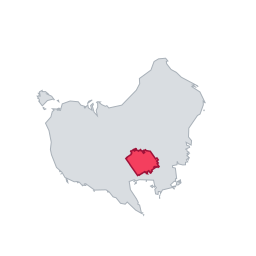 Barkly, Northern Territory, Australia (highlighted), rotated 145°
{"feature_id": "25037944B87984246529450", "entity_name": "Barkly", "entity_type": "district", "adm_level": 2, "iso_a3": "AUS", "parent_name": "Australia", "parent_adm1": "Northern Territory", "projection": "natural_earth1", "projection_center": [135.185, -19.542], "detail": "fine", "context": "in_parent", "style": "filled", "palette": "rose", "viewbox_px": 256, "rotation_deg": 145, "n_neighbors": 0, "source": "geoboundaries", "source_scale": "gbopen_adm2", "svg_char_len": 5851}
<svg xmlns="http://www.w3.org/2000/svg" viewBox="0 0 256 256"><g transform="rotate(145 128 128)"><path d="M168.8,56.3L171.1,67.8L174.0,67.2L177.3,70.6L177.8,77.7L179.7,80.1L180.1,86.6L181.5,90.0L191.0,96.3L194.6,106.7L195.7,107.2L195.9,105.4L198.0,107.3L198.3,106.3L199.0,111.6L200.2,113.2L202.9,114.8L208.0,123.7L207.5,129.6L209.2,136.7L206.0,150.0L203.9,154.9L199.0,160.4L194.2,171.2L192.8,179.3L184.8,181.3L180.7,184.8L178.3,185.1L178.9,187.1L175.2,184.2L175.7,183.5L175.5,182.8L174.8,182.7L173.5,184.0L172.6,183.2L174.2,182.0L173.3,181.1L168.0,185.5L159.9,183.3L153.7,178.0L153.5,173.8L150.6,170.0L151.9,170.1L151.9,169.0L147.6,170.1L148.9,167.3L147.3,163.2L145.7,167.9L142.6,168.3L143.1,166.8L144.5,166.8L146.7,160.4L146.1,155.5L144.0,160.6L140.8,162.5L138.7,165.6L139.0,167.1L137.7,166.9L135.7,165.2L137.0,165.2L136.1,162.2L134.1,158.8L132.5,158.4L132.2,155.4L120.0,150.3L99.5,154.2L93.0,157.6L90.3,162.0L76.0,162.3L68.5,167.5L63.3,167.1L57.2,163.6L56.9,160.0L58.4,160.6L59.5,158.5L59.2,151.3L56.5,145.8L55.2,139.0L47.9,124.7L50.6,126.2L48.8,121.9L50.0,124.5L52.0,125.2L48.4,116.3L50.4,104.0L51.0,106.9L53.1,103.7L61.0,98.1L63.9,98.4L78.3,93.0L83.6,85.9L83.2,81.2L86.1,77.8L88.6,83.0L89.8,80.1L88.2,78.1L88.6,76.8L93.4,77.7L91.9,77.2L92.9,75.1L92.0,73.3L94.5,73.0L93.6,71.7L95.7,71.5L95.0,69.6L96.8,67.4L96.9,68.7L98.4,68.5L98.5,66.0L100.6,66.9L102.0,64.9L104.3,66.3L107.3,69.7L106.8,72.5L108.9,69.8L113.2,71.6L114.1,70.1L112.2,68.0L117.2,58.6L118.2,59.2L119.9,56.9L120.6,57.9L125.8,57.1L125.6,54.8L122.1,53.2L122.7,52.6L135.3,57.5L139.0,55.7L138.1,57.5L139.6,58.6L141.5,56.3L143.2,58.2L141.2,62.4L139.0,62.8L139.1,65.8L137.0,70.6L148.4,79.2L151.6,80.0L152.5,82.1L157.7,83.5L161.4,76.1L161.7,65.2L162.3,61.1L163.6,60.1L162.7,58.2L165.9,50.3L168.8,56.3ZM172.2,194.4L178.2,196.7L185.5,195.3L185.7,201.7L185.2,200.6L184.4,202.0L184.1,206.2L181.6,204.5L179.8,208.4L176.7,208.1L177.4,207.0L174.7,205.1L173.8,201.8L174.9,202.4L172.3,197.8L172.2,194.4ZM116.2,52.7L119.8,52.6L121.0,53.8L118.5,56.2L116.2,52.7ZM141.2,171.5L147.3,171.3L144.7,172.4L141.2,171.5ZM142.2,65.2L142.9,67.5L140.7,67.1L141.0,65.5L142.2,65.2ZM207.6,122.6L207.6,119.9L208.6,117.7L208.9,119.3L207.6,122.6ZM184.0,190.6L186.0,191.1L186.0,192.0L184.0,190.6ZM115.8,53.4L117.1,55.7L114.8,55.5L115.8,53.4ZM170.1,191.0L169.0,190.7L169.6,189.2L170.1,191.0ZM154.4,78.2L153.3,78.9L152.2,79.3L152.7,78.0L154.4,78.2ZM47.8,124.1L46.9,122.8L46.8,121.6L47.8,124.1ZM185.5,192.9L186.3,193.5L184.8,193.0L185.5,192.9ZM199.8,111.9L200.6,111.9L200.6,113.1L199.8,111.9ZM180.4,86.5L181.4,87.3L181.2,87.7L180.4,86.5ZM181.4,206.8L181.5,207.9L180.7,207.5L181.4,206.8ZM208.8,130.6L208.8,132.1L208.7,132.1L208.8,130.6ZM125.4,52.5L124.8,51.9L125.2,51.6L125.4,52.5ZM142.3,52.7L141.5,53.8L142.5,51.8L142.3,52.7ZM209.0,128.8L208.5,129.3L208.8,128.8L209.0,128.8ZM143.6,74.1L143.1,74.3L143.4,73.8L143.6,74.1ZM140.4,65.1L139.8,65.2L140.2,64.5L140.4,65.1ZM55.9,98.2L55.7,99.1L55.4,99.0L55.9,98.2ZM164.8,49.8L164.8,50.6L164.5,50.0L164.8,49.8ZM174.8,183.1L174.9,183.6L174.7,183.5L174.8,183.1ZM141.2,54.2L140.0,55.0L141.3,54.0L141.2,54.2ZM95.0,68.4L94.6,69.0L94.9,68.3L95.0,68.4ZM181.9,206.0L181.5,206.2L181.7,205.9L181.9,206.0ZM153.8,81.0L153.2,81.0L153.5,80.5L153.8,81.0ZM92.7,72.6L92.3,72.9L92.3,72.2L92.7,72.6ZM184.9,203.8L184.4,204.1L184.5,203.5L184.9,203.8ZM165.2,47.6L165.1,48.2L164.8,47.9L165.2,47.6ZM174.5,183.8L175.0,184.3L174.1,184.1L174.5,183.8ZM192.2,96.3L191.7,96.3L191.9,95.7L192.2,96.3ZM195.5,105.3L195.3,105.3L195.5,104.8L195.5,105.3ZM172.5,193.6L172.3,194.0L172.2,193.5L172.5,193.6Z" fill="#d9dde1" stroke="#a8b0b8" stroke-width="1"/><path d="M147.3,100.7L147.3,99.5L147.3,99.3L147.3,98.8L147.3,98.5L147.3,98.3L147.3,97.8L147.3,97.6L147.4,96.5L147.4,96.0L147.4,94.7L147.4,94.4L147.4,93.4L147.4,92.3L147.4,91.5L147.4,91.3L147.4,91.2L147.4,90.6L147.4,90.4L147.4,90.0L147.4,89.9L147.4,89.2L147.4,88.6L147.4,88.3L147.4,86.2L147.4,85.7L147.4,85.3L147.4,84.3L147.4,83.5L147.0,83.5L146.1,83.5L145.8,83.5L145.8,83.4L145.8,82.9L145.1,82.9L143.8,82.9L143.3,82.9L142.6,82.9L142.6,82.7L141.4,82.7L140.1,82.7L139.5,82.7L139.5,82.2L139.5,81.8L138.8,81.8L138.8,81.1L138.8,80.4L139.0,80.1L138.4,79.5L138.4,80.3L138.1,80.3L137.6,80.3L137.6,81.1L136.8,81.1L135.9,81.1L135.5,81.1L135.5,80.9L135.5,80.5L135.5,79.6L135.5,78.2L135.1,78.1L134.6,78.1L134.6,78.8L133.3,78.8L132.9,78.8L132.9,79.9L131.9,79.9L130.7,79.9L129.4,79.9L129.4,80.9L129.4,81.1L128.9,81.1L128.7,81.1L128.2,81.1L128.1,80.9L127.9,80.9L127.9,80.6L127.9,79.9L127.7,79.9L126.9,79.9L126.9,79.5L126.4,79.5L126.0,79.5L126.0,79.4L125.9,78.5L125.1,78.5L124.7,78.5L124.6,79.3L124.6,80.7L124.6,82.0L123.3,82.0L123.3,83.4L123.5,83.4L123.5,84.5L122.2,84.5L121.5,84.5L121.5,84.8L121.5,86.2L121.5,86.9L121.8,86.9L123.1,86.9L123.1,87.6L123.1,89.0L123.1,90.5L123.1,91.9L123.1,93.3L123.1,94.7L123.1,94.9L123.1,96.2L123.8,96.8L124.2,97.2L125.1,98.1L126.1,99.0L126.1,99.8L126.1,100.1L127.4,100.1L127.7,100.1L127.7,100.7L128.4,100.7L128.4,99.8L128.4,99.2L128.4,98.4L129.7,98.4L129.8,98.4L129.8,99.4L129.8,99.7L129.8,100.8L129.8,101.7L130.0,101.7L130.2,102.5L130.3,102.5L130.7,102.5L130.6,102.8L130.4,103.1L131.6,103.1L132.0,103.1L132.3,103.1L132.7,103.1L132.7,103.8L132.9,103.8L133.3,104.3L133.6,104.8L133.6,105.1L133.4,105.2L133.4,105.3L133.4,105.5L133.4,105.8L133.3,106.0L133.6,106.0L133.6,106.3L133.7,106.5L133.7,106.8L134.5,106.9L134.7,105.4L135.7,105.4L135.8,105.4L135.8,106.3L135.8,106.6L135.8,106.8L135.8,107.2L136.2,107.2L136.8,107.2L136.8,106.9L137.1,106.7L137.6,107.2L137.9,107.2L138.3,107.2L138.7,107.3L138.8,107.4L138.9,107.2L139.2,107.2L139.2,105.8L139.2,105.4L139.8,105.4L140.0,105.2L140.3,105.0L140.3,104.9L140.5,104.9L140.6,104.7L140.9,104.5L141.0,104.5L142.1,104.6L143.4,104.6L144.1,104.6L144.6,104.6L146.0,104.6L146.0,104.2L147.3,104.2L147.3,103.9L147.3,103.5L147.3,103.2L147.3,102.1L147.3,100.7Z" fill="#f43f5e" stroke="#9f1239" stroke-width="1.5"/></g></svg>